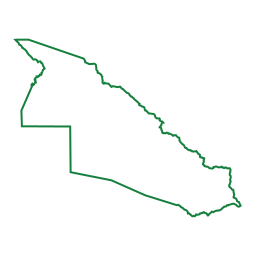 Jimi District, Western Highlands, Papua New Guinea
{"feature_id": "67681753B26573357069197", "entity_name": "Jimi District", "entity_type": "district", "adm_level": 2, "iso_a3": "PNG", "parent_name": "Papua New Guinea", "parent_adm1": "Western Highlands", "projection": "albers", "projection_center": [144.768, -5.523], "detail": "fine", "context": "isolated", "style": "outline", "palette": "green", "viewbox_px": 256, "rotation_deg": 0, "n_neighbors": 0, "source": "geoboundaries", "source_scale": "gbopen_adm2", "svg_char_len": 5855}
<svg xmlns="http://www.w3.org/2000/svg" viewBox="0 0 256 256"><path d="M70.6,172.2L111.4,180.3L145.0,195.2L176.9,205.2L178.0,204.8L178.3,204.8L179.9,206.0L180.4,206.2L180.9,207.1L181.7,207.5L182.4,207.7L182.9,208.1L183.2,208.6L183.9,209.0L184.4,209.6L185.0,209.8L185.5,209.8L186.0,210.2L186.4,210.3L187.0,211.0L187.4,211.3L187.8,212.1L187.9,212.7L187.8,213.5L188.0,213.6L189.2,213.4L189.6,213.7L190.2,214.5L190.7,214.6L191.1,215.2L191.7,215.8L192.3,216.2L193.0,216.3L193.6,215.9L193.8,215.8L194.0,216.0L194.4,216.2L194.8,216.2L195.6,215.5L196.0,215.1L196.2,214.4L197.6,214.8L199.5,214.3L199.9,213.5L200.8,213.5L201.2,213.1L201.6,213.0L202.6,213.0L203.5,212.1L203.9,212.1L204.2,212.4L204.7,212.7L205.0,213.0L205.8,213.2L206.5,213.4L207.0,213.9L207.2,214.6L207.5,215.1L207.9,215.5L208.2,215.4L209.0,214.3L209.4,213.8L210.6,213.0L211.8,211.6L212.1,211.6L213.2,212.2L213.5,211.9L214.6,211.5L215.2,211.1L216.1,210.8L216.7,210.8L217.3,210.4L218.3,210.6L219.5,210.4L220.1,209.9L220.6,209.8L221.0,209.5L221.5,209.3L221.8,208.7L222.6,207.9L223.5,207.4L224.0,206.7L224.3,206.6L224.8,206.7L225.2,206.5L226.0,206.4L226.5,205.7L227.3,205.1L228.3,205.4L228.8,204.9L232.3,203.9L233.2,203.7L233.8,203.8L235.8,204.6L237.5,206.3L237.9,206.4L238.5,206.6L239.0,206.7L239.6,206.4L240.4,205.7L240.6,205.6L239.7,203.9L239.3,202.9L238.9,202.0L238.1,201.8L237.2,201.3L236.9,200.4L236.4,199.1L235.3,198.2L234.3,197.8L233.7,197.6L233.5,197.2L233.6,196.8L234.0,195.8L234.2,194.6L234.1,194.3L233.7,192.7L233.5,191.8L233.5,191.0L233.4,190.2L233.2,189.8L232.9,189.7L232.2,189.7L231.1,188.3L230.9,188.2L229.2,186.4L229.1,185.9L229.2,185.1L229.6,184.8L229.8,183.8L230.1,183.1L230.2,182.3L230.7,181.5L230.6,181.1L230.4,180.8L230.1,179.8L230.4,178.6L230.7,178.0L230.7,176.2L230.5,175.7L229.9,175.2L229.8,174.1L229.7,173.6L229.9,172.9L230.3,172.2L230.4,171.8L230.2,171.2L230.5,170.0L230.5,169.5L229.9,168.5L229.6,168.2L229.3,168.2L228.7,168.4L227.0,168.3L226.7,167.9L226.1,167.5L225.8,167.4L225.4,167.5L225.1,167.8L224.7,168.0L224.3,167.7L223.5,167.9L222.6,167.6L222.4,167.0L222.2,166.8L221.5,166.7L220.7,167.3L220.0,167.2L219.1,167.4L218.6,167.3L218.2,167.3L217.5,167.0L216.5,166.5L215.8,166.5L214.4,167.0L213.6,167.0L213.3,168.1L212.0,168.6L209.5,168.1L208.8,167.7L208.4,167.2L208.1,167.0L207.7,166.7L206.6,166.7L205.8,166.4L205.3,166.4L204.8,165.9L204.4,166.0L204.2,165.7L204.2,165.4L203.9,165.0L203.4,164.6L202.9,164.3L203.2,163.1L203.9,161.7L203.8,161.4L203.6,160.9L203.9,160.0L203.9,159.3L204.2,158.3L203.4,158.0L202.8,158.2L202.4,158.0L201.7,157.3L201.0,157.4L200.4,157.1L200.0,157.0L199.9,154.8L199.4,154.6L199.1,154.2L198.1,153.7L197.6,152.7L197.3,152.5L197.1,152.1L196.4,151.1L196.0,151.2L195.6,151.4L195.1,151.4L194.6,151.4L193.9,151.5L193.4,151.6L192.9,151.5L192.1,151.4L191.9,150.9L191.5,150.7L190.9,150.7L190.6,150.6L190.5,150.2L190.2,150.1L189.8,150.3L189.0,150.0L188.3,149.9L187.5,149.2L186.8,148.6L186.3,148.0L185.6,148.0L184.9,147.4L184.8,147.0L184.2,145.9L183.4,144.6L182.7,144.4L182.4,144.1L181.9,143.8L181.0,142.6L180.3,141.8L179.8,141.2L179.4,140.3L179.6,139.8L179.6,139.4L179.2,138.5L179.3,138.0L179.2,137.7L177.8,137.3L177.3,136.8L176.6,136.1L176.1,135.3L175.9,135.2L175.1,135.3L174.6,135.2L173.9,135.2L173.4,135.7L173.0,135.8L172.3,135.0L171.5,134.5L170.5,134.0L169.5,133.6L168.6,133.8L168.4,133.5L168.3,133.2L167.7,133.2L167.2,132.8L166.4,132.7L165.7,133.1L165.1,133.4L163.8,133.0L163.1,133.2L162.3,132.6L162.4,132.0L162.2,131.3L161.9,130.9L161.8,130.5L161.5,130.2L161.5,129.6L161.3,129.3L161.4,128.9L161.3,128.6L161.2,128.3L160.9,127.7L159.6,127.4L159.7,127.0L160.7,126.1L161.4,125.0L161.3,124.6L161.8,123.4L162.3,122.5L162.6,122.5L163.3,122.6L163.2,122.3L162.7,122.1L162.4,121.8L162.0,121.5L161.3,121.4L159.7,120.5L159.6,120.2L159.8,119.7L159.9,119.3L159.7,118.8L159.4,118.4L158.1,118.5L157.4,118.3L156.9,118.4L156.5,118.2L155.9,117.7L155.5,117.3L155.3,116.8L155.1,116.1L154.9,115.4L154.6,114.8L154.1,114.2L153.4,114.0L150.8,113.6L149.5,113.4L149.2,113.5L148.8,113.5L148.5,113.1L148.0,112.7L147.2,111.6L146.6,111.2L146.3,110.6L146.0,110.5L145.4,110.6L145.0,110.3L144.8,109.8L144.5,108.0L144.1,107.2L143.8,107.0L143.2,106.8L142.4,106.7L142.1,106.6L141.3,105.8L140.2,105.5L139.5,105.2L139.1,104.9L139.1,104.5L139.5,103.8L139.0,103.5L138.6,103.1L138.0,102.3L137.5,102.0L136.7,101.2L135.9,100.6L135.2,99.9L134.6,99.5L134.1,99.0L133.7,98.2L133.1,97.8L132.5,97.5L131.7,96.6L131.2,96.7L130.5,95.9L129.7,95.3L129.4,94.3L129.2,93.9L128.5,93.5L127.7,92.9L127.0,92.9L126.3,92.4L125.6,91.7L124.6,90.7L123.9,90.1L123.1,89.2L122.6,89.1L121.5,88.4L120.7,87.1L120.1,86.7L119.4,86.7L118.8,87.0L118.2,87.2L117.4,87.0L116.6,87.0L115.3,86.6L112.5,86.2L112.2,86.4L111.8,86.8L111.4,86.9L110.3,85.6L108.5,83.7L108.1,83.5L107.5,83.5L106.4,83.5L105.3,83.2L104.8,82.8L104.3,83.4L103.8,83.7L103.3,83.5L102.7,82.8L102.4,82.2L102.8,80.7L102.6,80.2L102.2,78.3L102.3,76.7L101.5,75.8L101.3,75.0L101.1,74.6L99.6,73.5L98.9,73.1L98.0,73.0L97.6,72.5L97.8,72.1L97.8,71.8L97.6,71.2L96.9,70.5L96.5,69.9L96.3,69.4L96.2,68.7L96.4,67.7L96.1,66.8L96.0,65.6L95.8,64.8L95.4,64.3L94.9,64.0L94.0,63.7L91.5,64.0L89.1,64.1L88.6,63.7L88.0,63.5L87.1,63.1L85.8,62.3L85.5,62.4L85.3,62.4L85.0,61.7L85.1,61.3L85.1,60.8L83.7,58.6L70.2,54.0L28.6,39.7L16.8,39.7L15.4,39.8L17.6,42.1L18.2,42.5L18.9,43.6L19.3,44.8L20.4,45.0L21.8,46.4L22.1,47.7L23.0,48.0L24.2,49.1L25.2,49.7L26.8,51.5L27.2,52.7L28.0,53.4L28.5,54.5L30.3,56.0L31.6,57.3L32.8,59.1L33.6,59.6L35.4,59.3L36.7,60.0L38.0,62.2L39.0,61.5L40.4,61.4L41.2,62.9L42.2,63.2L42.6,64.5L43.4,66.4L44.6,68.6L43.0,69.9L42.1,72.5L41.4,73.0L41.6,73.8L41.3,74.8L39.8,74.6L39.4,75.9L38.4,76.0L38.2,76.7L36.8,76.5L37.0,77.2L36.1,77.6L35.1,78.4L34.6,79.7L34.9,80.4L35.4,80.2L35.8,82.4L35.2,82.4L34.5,83.4L33.9,84.6L33.2,85.1L32.9,84.6L32.5,84.9L32.3,83.9L31.7,84.3L31.5,85.8L31.9,86.5L21.4,110.6L21.9,126.3L70.2,126.5L70.6,172.2Z" fill="none" stroke="#15803d" stroke-width="2"/></svg>